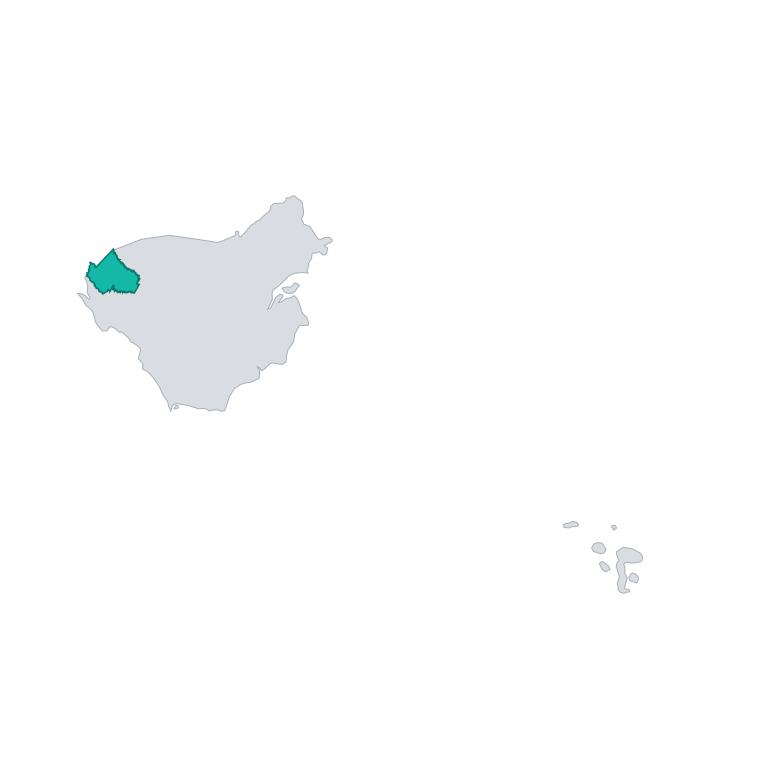 Aguarico, Orellana, Ecuador (highlighted), rotated 208°
{"feature_id": "8360857B665042104792", "entity_name": "Aguarico", "entity_type": "district", "adm_level": 2, "iso_a3": "ECU", "parent_name": "Ecuador", "parent_adm1": "Orellana", "projection": "mercator", "projection_center": [-76.096, -0.984], "detail": "fine", "context": "in_parent", "style": "filled", "palette": "teal", "viewbox_px": 768, "rotation_deg": 208, "n_neighbors": 0, "source": "geoboundaries", "source_scale": "gbopen_adm2", "svg_char_len": 9425}
<svg xmlns="http://www.w3.org/2000/svg" viewBox="0 0 768 768"><g transform="rotate(208 384 384)"><path d="M697.0,320.0L694.8,321.4L689.6,321.9L685.5,320.6L683.8,320.6L683.6,321.9L689.0,325.4L691.6,331.6L695.4,335.4L697.8,337.2L698.0,338.6L697.2,341.0L697.0,343.1L698.3,352.5L697.4,353.1L694.5,353.1L692.2,351.4L686.0,374.8L666.0,398.0L643.3,414.5L617.1,424.0L597.9,430.6L594.9,433.2L585.5,444.8L585.0,446.0L586.3,448.0L586.4,449.3L585.0,450.1L583.8,450.2L583.3,449.5L582.9,448.1L581.6,446.7L580.1,446.3L579.2,446.7L579.2,448.0L577.2,454.3L577.1,457.3L576.3,458.5L576.4,461.3L574.4,463.8L572.9,468.0L571.3,469.4L569.3,475.9L566.4,482.5L566.2,484.7L567.1,486.3L567.4,487.6L566.1,491.6L559.4,495.5L557.6,497.4L556.9,499.6L557.4,501.5L557.2,503.0L555.0,503.6L552.8,507.3L551.1,508.1L546.9,506.9L543.7,506.8L541.3,505.7L536.5,499.4L534.7,495.8L534.2,490.7L529.5,487.4L523.4,488.3L521.5,487.1L517.0,484.9L513.1,482.5L510.2,481.3L508.0,481.9L504.3,486.0L500.8,487.8L499.3,487.7L497.2,486.5L496.8,485.1L502.0,477.9L498.1,477.8L496.8,476.3L496.6,474.5L496.0,472.6L496.7,470.3L498.8,469.1L501.8,470.0L503.9,470.1L505.3,467.9L508.1,466.3L508.7,465.2L507.2,461.7L506.8,459.8L507.2,458.7L507.1,455.0L506.2,453.6L506.1,451.5L505.4,450.3L505.1,447.7L503.1,446.3L509.4,443.8L511.7,441.9L514.6,440.1L517.0,437.4L518.6,434.8L522.4,422.8L526.0,415.1L525.4,411.5L522.4,406.6L521.8,399.3L522.0,397.1L521.7,395.4L519.7,398.4L520.2,409.1L518.4,414.0L516.0,415.1L514.4,414.3L515.3,406.5L513.5,407.9L510.7,413.2L506.0,417.1L505.8,418.4L504.6,420.0L501.0,418.6L498.3,416.9L489.2,408.1L483.3,406.3L479.7,403.2L479.0,401.9L478.5,400.1L482.2,398.3L486.0,395.8L486.3,390.3L486.2,386.0L483.5,378.7L484.8,369.1L484.0,365.4L480.9,357.4L483.2,353.4L491.6,350.5L494.3,348.5L496.2,342.2L498.1,338.4L501.8,339.9L504.7,339.8L500.8,338.3L497.6,332.7L497.0,330.1L503.2,322.3L506.5,320.2L510.5,316.1L513.8,309.9L514.6,300.1L513.2,293.1L512.2,285.7L514.2,283.8L519.3,282.8L523.4,280.4L525.5,278.2L530.5,278.5L536.2,275.1L545.2,273.4L557.9,269.5L560.7,266.0L559.5,259.9L564.2,263.6L566.3,266.5L572.8,269.8L580.5,275.6L585.6,278.6L591.1,281.3L599.1,284.1L604.0,283.7L606.0,288.0L607.9,289.4L612.5,290.8L613.0,291.4L614.7,299.5L615.7,300.7L619.7,302.0L624.6,302.5L626.6,302.2L630.9,304.5L637.6,306.4L639.9,306.6L641.0,306.2L641.4,305.4L643.4,305.6L646.3,306.6L650.4,306.8L653.0,305.8L653.6,301.3L654.5,300.3L657.5,298.6L659.0,299.0L666.8,302.6L668.5,303.8L670.4,306.4L674.1,310.1L678.1,312.5L684.2,313.5L690.1,317.4L697.0,320.0ZM82.0,314.9L84.4,317.4L85.7,324.5L93.4,331.9L94.3,336.1L93.6,338.0L94.0,338.8L97.7,341.7L100.1,344.8L96.1,352.1L87.4,355.1L78.1,355.0L76.3,354.2L73.8,351.5L73.4,349.0L74.8,346.6L79.6,343.1L86.9,339.8L87.8,337.4L84.9,335.0L82.8,330.3L78.2,326.9L75.9,316.8L74.4,316.3L71.3,317.7L69.7,316.5L69.5,315.8L72.8,313.5L73.5,311.8L78.5,311.0L80.7,312.4L82.0,314.9ZM118.0,345.6L116.0,345.6L110.0,341.9L110.5,338.3L112.8,335.8L120.5,334.5L123.8,336.8L123.5,341.2L120.9,344.4L118.8,345.0L118.0,345.6ZM510.5,430.3L509.8,431.8L506.1,431.7L505.1,431.2L506.0,424.1L507.0,421.8L510.0,419.6L512.5,418.6L515.7,418.8L519.1,420.8L515.1,424.4L512.0,425.4L510.5,430.3ZM76.0,333.6L72.2,334.3L68.9,333.0L67.6,330.9L67.3,327.8L67.6,326.8L74.7,325.7L77.1,328.3L77.0,332.1L76.0,333.6ZM153.3,350.9L148.7,352.5L146.2,351.0L146.0,350.1L148.5,347.7L150.9,346.4L153.1,343.7L157.1,342.0L158.3,342.4L159.1,343.0L159.4,343.9L158.0,346.1L155.6,347.7L153.3,350.9ZM108.8,328.7L107.0,329.9L99.8,328.6L97.5,326.3L99.3,323.3L100.9,322.1L105.2,323.2L109.6,326.6L108.8,328.7ZM114.6,367.4L113.0,367.5L110.9,365.9L112.5,362.9L115.6,364.4L116.3,365.6L114.6,367.4ZM557.5,267.7L555.4,268.0L554.4,266.1L557.0,264.0L557.9,263.6L557.5,267.7Z" fill="#d9dde1" stroke="#a8b0b8" stroke-width="1"/><path d="M697.4,341.4L697.9,340.9L697.7,340.7L696.9,341.1L696.9,339.7L696.1,340.1L695.5,339.6L694.6,339.8L693.7,339.0L693.1,339.3L692.7,338.6L692.6,337.9L692.3,337.5L691.6,337.6L691.0,337.2L690.0,336.9L689.2,337.4L689.2,337.0L689.0,336.8L688.4,337.3L687.3,336.8L686.7,337.0L686.4,336.7L686.4,336.0L685.9,335.9L686.1,335.3L686.0,335.0L685.5,335.0L685.4,335.4L685.2,335.4L685.0,334.5L684.4,334.5L684.3,334.2L683.5,334.1L683.3,333.8L683.0,333.9L683.0,333.5L682.8,333.3L681.0,334.1L680.3,333.8L680.1,333.0L679.3,332.1L678.3,332.2L678.0,332.0L677.8,332.2L677.0,332.5L676.8,332.4L676.1,332.7L675.8,332.6L675.8,332.3L675.0,332.2L675.1,331.6L674.8,331.4L674.5,331.9L674.2,332.0L671.5,336.6L671.5,337.0L672.1,337.4L672.1,337.8L670.0,337.4L669.4,336.8L669.4,343.1L669.3,343.3L669.2,342.9L669.1,343.0L669.0,342.9L668.8,343.0L669.0,343.3L668.7,343.2L668.5,343.4L668.5,342.7L668.6,342.8L668.8,342.5L668.5,342.6L668.5,342.3L668.2,342.2L668.6,342.0L668.4,341.9L668.6,341.8L668.6,341.6L668.3,341.4L668.3,341.1L668.0,341.1L668.0,340.8L667.6,341.0L667.6,340.4L667.0,340.8L667.0,340.6L666.9,340.1L666.8,340.6L666.6,340.7L666.6,341.0L666.5,340.6L666.3,340.4L666.5,340.2L666.3,340.2L666.0,339.9L666.1,340.3L665.6,340.2L665.4,340.3L665.3,339.8L665.1,339.9L665.1,340.2L664.8,340.3L664.9,340.5L664.6,340.3L664.0,340.4L664.1,340.6L664.4,340.5L664.0,340.9L664.0,340.7L663.7,340.6L663.7,340.4L663.1,340.5L662.8,340.3L662.8,340.1L662.6,340.1L662.4,340.7L661.5,340.9L661.5,340.6L661.3,340.9L661.5,341.0L661.1,341.2L661.1,341.5L660.7,341.4L660.4,341.0L660.2,341.3L659.8,341.0L659.7,341.7L659.9,342.0L659.5,341.9L659.0,342.6L658.9,342.9L658.7,342.7L658.3,342.8L658.5,342.8L658.2,343.0L658.1,342.7L658.0,342.8L658.0,342.6L657.9,342.5L658.0,342.9L657.4,342.9L657.6,343.2L657.2,343.5L656.9,343.2L657.0,342.9L656.6,343.1L656.5,343.6L656.3,343.2L656.1,343.4L655.9,343.0L655.4,343.3L655.2,343.3L655.3,343.5L654.8,343.6L654.6,344.1L654.4,344.0L654.3,344.3L654.2,344.3L654.1,344.5L653.6,344.4L653.6,344.6L653.4,344.7L653.5,344.8L653.3,344.9L653.1,345.2L653.1,345.4L652.8,345.4L652.9,345.7L652.7,345.9L652.3,346.0L652.2,346.1L651.8,346.1L651.4,346.4L651.4,346.5L651.1,346.3L651.0,346.5L650.8,346.3L650.5,346.7L650.4,346.5L650.0,346.6L650.0,346.4L649.8,346.6L649.8,346.4L649.5,346.3L649.4,346.5L649.5,346.7L649.1,346.6L648.6,346.9L648.4,346.7L648.1,347.1L647.8,346.9L647.7,347.0L647.7,346.9L647.6,347.1L647.1,347.2L646.9,356.9L647.8,356.6L648.4,357.0L648.8,356.6L648.7,356.4L648.9,356.5L649.0,356.3L649.2,356.6L649.3,356.6L649.6,357.1L649.5,357.4L649.6,357.5L649.6,358.0L649.6,358.4L649.3,358.5L649.4,358.9L649.6,358.9L649.6,359.3L649.4,359.3L649.2,359.6L649.4,359.6L649.3,359.8L649.5,360.0L649.3,360.1L649.1,360.5L649.1,360.8L649.4,361.0L649.2,361.1L649.4,361.1L649.3,361.3L649.5,361.5L649.2,361.3L649.2,361.7L649.1,361.9L649.4,361.9L649.4,362.1L649.6,362.0L649.5,362.4L649.7,362.5L649.9,362.3L650.2,362.8L650.2,362.6L650.3,362.8L650.5,362.6L650.5,362.8L650.5,363.0L650.8,363.2L650.8,363.4L651.1,363.4L651.2,363.6L651.1,363.8L650.9,363.7L650.9,363.9L651.2,364.0L651.3,363.9L651.2,364.2L651.5,364.3L651.4,364.5L651.5,364.5L651.8,363.9L651.9,364.1L652.2,364.0L652.1,364.3L651.9,364.2L652.1,364.5L652.1,364.8L652.7,364.6L652.6,364.3L652.7,364.2L653.0,364.6L653.4,364.8L653.8,364.3L654.2,364.1L654.4,364.6L654.6,364.8L654.9,364.7L655.1,364.9L655.3,364.8L655.1,364.7L655.4,364.8L655.2,365.2L655.4,365.0L655.7,365.2L655.7,365.3L655.3,365.4L655.4,365.7L656.0,365.6L656.3,365.8L656.8,366.1L657.2,366.0L657.5,366.2L657.6,365.9L657.9,366.2L658.1,366.3L658.2,366.1L658.3,366.7L658.6,366.5L658.4,366.3L658.8,366.1L659.2,366.1L659.0,365.7L659.3,365.8L659.7,366.1L660.0,365.4L660.3,365.9L660.9,365.7L661.0,365.4L661.4,365.8L662.0,365.7L662.3,365.4L662.6,365.5L662.7,365.9L663.0,365.7L663.2,365.9L663.3,365.9L663.6,365.7L663.7,365.2L663.9,365.5L664.4,364.9L664.6,365.3L664.7,364.9L665.1,364.8L665.2,365.1L666.0,365.2L666.1,365.6L666.3,365.8L666.5,365.6L666.7,365.1L667.0,365.1L666.9,365.4L667.2,365.3L667.3,365.4L667.0,365.7L667.0,366.2L667.4,366.1L667.3,365.9L667.5,365.8L667.8,365.8L667.7,366.0L667.9,366.1L668.1,366.5L668.4,366.3L668.5,366.5L668.5,366.3L669.0,366.2L669.1,366.5L669.4,366.3L669.6,366.6L669.7,367.1L669.6,367.3L669.9,367.4L670.5,367.1L670.5,367.4L670.7,367.8L671.0,367.7L671.1,368.0L671.4,368.1L671.8,367.9L672.0,368.3L672.4,367.9L672.5,367.9L672.6,367.7L672.6,368.2L672.8,368.3L673.1,367.9L673.6,367.8L673.3,367.3L673.8,367.5L674.2,367.2L674.0,367.5L674.1,368.1L675.1,368.3L675.4,368.1L675.6,368.3L675.5,368.7L676.0,369.0L675.8,369.5L676.3,369.2L676.5,369.4L677.0,369.4L676.6,369.6L677.4,370.0L678.0,369.8L678.0,369.6L678.6,370.3L678.8,370.2L678.7,369.9L679.1,370.0L679.3,370.2L679.0,370.6L679.3,370.4L679.5,370.5L679.5,371.2L679.9,371.3L680.4,371.6L680.2,372.0L680.3,372.2L680.5,372.2L680.6,371.9L681.0,371.6L681.0,372.3L681.5,372.4L682.0,372.4L682.4,373.1L682.5,372.7L682.9,372.7L683.0,373.1L682.8,373.2L682.9,373.3L683.4,372.9L683.2,373.4L683.6,373.3L683.5,373.5L684.0,373.6L684.3,373.4L684.3,373.7L684.4,373.4L684.7,373.4L685.0,373.8L685.1,374.2L685.3,374.0L685.0,374.5L685.2,374.8L685.0,375.0L685.3,375.4L685.7,375.4L686.3,376.1L686.5,375.9L686.4,375.6L686.5,375.5L693.1,351.7L693.6,351.4L694.0,351.9L694.6,352.4L694.9,353.1L695.1,353.3L695.6,353.3L696.1,353.9L696.6,353.9L697.2,353.4L697.6,353.2L698.0,353.3L698.5,353.5L699.0,353.4L699.4,353.5L700.0,353.4L700.2,353.6L700.7,353.3L700.3,352.8L699.9,352.7L699.3,352.2L698.9,351.8L699.0,351.3L699.4,350.7L699.4,349.2L699.0,348.8L698.6,348.6L698.3,348.1L698.6,347.1L698.6,346.6L697.6,346.1L697.6,345.8L698.0,345.6L698.2,345.3L697.9,344.9L697.5,344.7L697.3,343.5L697.6,343.1L698.4,342.7L697.8,342.3L697.4,341.7L697.4,341.4Z" fill="#14b8a6" stroke="#0f766e" stroke-width="1.5"/></g></svg>